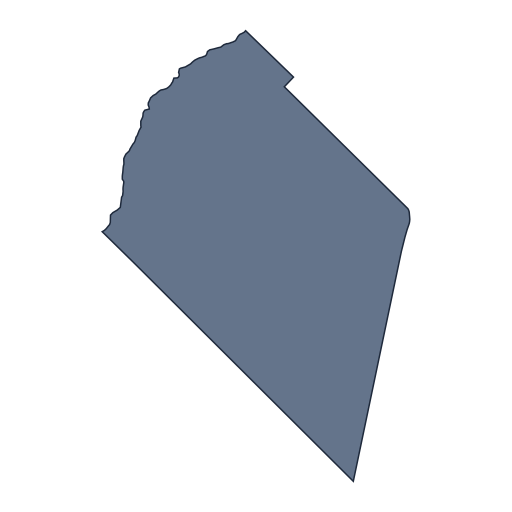 Ituzaingó, Buenos Aires, Argentina
{"feature_id": "61730980B5073290621442", "entity_name": "Ituzaingó", "entity_type": "district", "adm_level": 2, "iso_a3": "ARG", "parent_name": "Argentina", "parent_adm1": "Buenos Aires", "projection": "robinson", "projection_center": [-58.708, -34.64], "detail": "fine", "context": "isolated", "style": "filled", "palette": "slate", "viewbox_px": 512, "rotation_deg": 0, "n_neighbors": 0, "source": "geoboundaries", "source_scale": "gbopen_adm2", "svg_char_len": 1663}
<svg xmlns="http://www.w3.org/2000/svg" viewBox="0 0 512 512"><path d="M102.2,231.7L135.2,264.1L353.3,481.3L364.3,428.7L401.4,251.3L405.0,236.9L407.2,229.3L408.9,224.5L409.3,223.2L409.6,221.5L409.8,219.4L409.6,216.5L409.2,212.0L408.7,210.3L407.9,208.7L284.3,86.8L293.5,77.1L245.6,30.7L244.3,32.2L242.8,33.0L241.5,33.7L240.3,34.1L239.3,34.9L237.9,36.6L236.6,38.9L235.9,40.1L235.3,40.8L232.9,42.0L231.0,42.6L229.7,43.1L228.1,43.6L226.6,43.7L223.9,44.7L222.2,46.0L221.5,46.6L220.6,47.2L218.6,47.6L216.4,48.2L214.3,48.8L212.2,49.3L209.8,49.8L207.5,51.5L206.9,53.6L206.4,54.8L205.4,55.9L203.7,56.5L202.1,57.2L199.4,57.9L197.6,58.7L194.7,60.2L192.4,62.1L190.6,63.9L186.6,66.2L185.5,66.9L180.6,68.2L179.4,68.9L178.6,72.5L179.2,73.9L179.2,75.6L178.4,77.2L177.3,77.9L173.9,78.1L173.0,80.7L172.6,82.0L171.6,83.3L171.0,84.6L170.3,85.4L169.6,86.1L168.6,87.1L166.8,88.4L165.8,88.8L163.5,89.5L160.9,90.0L159.1,91.1L157.5,92.5L155.8,94.1L154.5,94.8L153.2,95.5L150.6,97.9L149.8,99.8L149.0,101.6L148.3,102.9L148.2,105.0L149.1,107.3L149.3,109.0L144.8,110.2L143.8,111.6L143.1,113.1L143.0,115.2L142.7,117.0L140.8,121.2L140.8,125.4L141.0,127.2L139.2,130.4L137.2,135.6L136.1,137.1L135.2,140.5L134.3,142.5L133.0,144.0L129.9,149.2L129.6,150.3L128.9,151.3L126.0,154.0L125.4,155.1L124.4,157.1L123.8,158.7L123.8,160.5L123.9,162.8L123.9,164.2L123.4,166.0L123.2,167.5L122.8,172.4L122.5,174.3L122.3,176.1L122.3,179.2L123.7,181.2L123.8,182.6L123.1,187.3L123.0,189.2L123.1,191.5L122.6,195.6L121.6,197.2L121.1,201.2L120.3,207.4L117.2,210.1L112.9,212.6L110.5,215.1L110.3,222.5L109.6,224.6L108.7,225.6L106.2,228.7L104.4,230.4L102.2,231.7Z" fill="#64748b" stroke="#1e293b" stroke-width="1.5"/></svg>